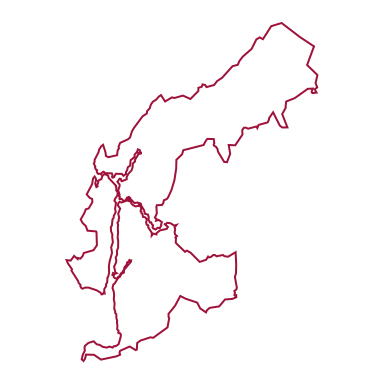 outline of Vaksdal nor, Hordaland, Norway
{"feature_id": "86288312B98052754922139", "entity_name": "Vaksdal nor", "entity_type": "district", "adm_level": 2, "iso_a3": "NOR", "parent_name": "Norway", "parent_adm1": "Hordaland", "projection": "mercator", "projection_center": [5.767, 60.674], "detail": "fine", "context": "isolated", "style": "outline", "palette": "rose", "viewbox_px": 384, "rotation_deg": 0, "n_neighbors": 0, "source": "geoboundaries", "source_scale": "gbopen_adm2", "svg_char_len": 6018}
<svg xmlns="http://www.w3.org/2000/svg" viewBox="0 0 384 384"><path d="M314.0,46.4L299.7,36.9L281.6,23.0L271.2,26.2L262.9,39.2L259.7,37.4L256.3,39.5L251.6,48.9L242.9,56.5L239.4,61.0L237.8,64.8L232.5,66.2L222.1,77.8L217.2,81.0L214.1,85.0L206.5,87.1L205.2,85.0L202.6,84.4L201.7,86.8L198.4,87.8L198.3,91.1L190.4,99.0L183.0,95.6L174.4,98.0L171.9,97.4L165.1,101.5L161.0,95.1L158.8,96.6L156.1,99.7L152.8,101.8L150.9,104.5L149.7,108.4L147.1,111.1L146.8,113.5L142.6,116.3L133.9,128.0L131.9,131.5L130.0,137.6L127.8,139.4L120.2,142.8L118.5,146.8L119.0,148.3L117.7,150.3L117.1,155.2L108.4,157.2L105.9,155.9L105.5,152.4L103.1,144.8L101.3,146.2L99.2,149.4L98.5,152.3L94.6,159.9L94.6,162.1L93.8,163.6L95.3,166.5L95.0,166.9L95.6,169.2L97.1,170.1L96.7,171.2L97.2,172.8L98.3,174.0L100.0,173.5L101.0,174.4L102.5,172.2L103.6,171.7L105.2,173.1L111.9,173.4L112.5,175.3L112.0,176.8L112.5,177.6L114.0,177.2L115.8,173.8L121.9,173.9L123.4,175.8L126.0,174.0L126.0,172.1L127.2,170.0L127.8,167.2L130.1,165.7L130.6,160.2L134.1,157.4L134.6,156.5L134.6,154.6L137.0,151.9L137.9,149.3L139.9,150.3L139.8,152.4L137.3,153.3L141.0,152.7L141.0,153.5L138.1,154.1L138.5,154.1L134.8,160.1L135.1,161.4L132.8,163.5L132.6,167.3L131.6,170.3L128.2,174.0L126.6,177.3L126.7,179.3L121.9,181.2L121.4,181.0L120.8,178.9L119.6,178.7L117.4,181.8L119.5,184.4L119.7,185.7L118.2,190.3L119.6,194.7L119.2,196.3L119.9,197.0L119.3,198.5L119.7,199.3L121.6,198.9L123.6,201.0L125.8,200.1L126.9,197.7L128.9,196.9L130.3,198.0L130.3,200.0L131.3,199.8L134.5,203.1L137.3,202.5L140.8,203.6L141.4,205.9L144.0,210.1L145.0,213.8L148.0,214.6L148.7,217.0L148.7,218.3L148.2,218.9L149.9,222.5L151.2,222.4L151.9,224.3L153.1,225.3L152.5,227.4L153.1,228.4L155.6,229.5L157.6,227.8L159.9,228.0L161.3,225.2L161.1,224.6L161.9,222.1L158.6,219.9L156.1,220.7L156.5,218.9L154.9,217.7L156.8,213.5L156.4,206.4L156.9,205.2L162.0,205.0L163.5,202.6L163.8,200.3L166.7,199.1L168.1,197.3L171.4,190.2L174.4,180.3L176.2,168.5L176.4,159.8L182.1,154.3L183.3,150.2L203.6,145.0L206.1,140.3L207.4,138.9L213.8,139.1L214.3,143.3L213.7,144.3L214.0,145.6L216.1,146.9L217.5,149.0L218.0,151.7L224.2,161.9L227.0,162.2L230.2,153.8L228.7,145.0L235.2,145.3L242.1,135.1L242.5,134.1L242.2,130.2L243.8,127.8L245.7,127.6L248.1,128.7L256.4,126.5L257.3,128.1L258.6,124.9L267.5,122.5L269.0,119.7L269.1,118.1L273.1,112.3L279.8,125.6L282.3,127.5L287.4,127.4L282.2,114.1L285.8,107.5L285.6,106.3L286.2,101.5L294.8,98.1L307.8,88.8L312.7,88.6L311.6,91.9L312.4,93.1L316.5,92.6L314.7,89.3L317.2,87.4L315.6,83.1L317.4,75.0L307.1,65.0L314.0,46.4ZM164.2,223.8L167.9,226.9L166.7,228.9L159.9,230.4L156.4,233.3L156.4,234.4L153.3,233.6L151.7,235.6L151.8,232.8L148.1,227.2L148.4,225.8L148.0,225.1L146.7,224.7L146.1,222.4L146.7,220.1L146.4,218.6L145.1,217.3L143.0,216.9L142.4,213.8L141.4,213.2L141.4,211.7L140.5,211.1L141.3,208.7L140.4,206.4L140.2,204.0L138.7,203.9L139.1,205.0L138.8,205.9L135.3,206.4L133.3,205.3L131.4,203.6L131.0,201.7L129.1,200.8L129.9,199.4L129.7,198.2L128.8,197.6L127.8,198.6L128.5,201.0L127.0,200.5L121.6,202.5L119.5,201.9L118.4,203.0L117.9,205.4L120.2,208.6L118.2,213.6L119.2,217.8L118.6,219.4L118.8,220.6L117.4,223.0L118.1,224.6L117.8,228.2L118.1,232.4L117.6,237.4L118.2,241.0L118.1,248.0L116.9,250.6L117.1,254.5L115.7,257.7L116.3,260.3L116.0,262.7L114.1,266.5L115.4,272.6L116.6,273.2L114.9,273.9L113.0,273.0L112.4,275.0L113.8,275.6L113.7,276.8L114.7,278.1L117.0,278.6L118.0,277.0L119.1,276.6L121.0,273.3L122.0,272.9L124.2,269.1L124.3,267.7L126.7,264.5L127.2,262.3L128.9,261.5L129.3,260.4L129.6,259.9L129.9,259.9L130.2,259.9L129.5,260.2L130.0,260.8L131.1,260.5L130.9,261.8L124.0,269.9L123.9,272.6L121.5,273.8L119.8,276.9L118.3,277.7L114.7,283.4L113.3,284.6L112.5,288.0L113.8,291.9L114.1,294.8L113.8,299.7L114.6,302.9L114.2,308.8L115.2,311.2L115.2,312.9L116.3,314.1L116.4,318.2L117.2,320.8L116.9,321.9L117.4,325.8L117.2,329.2L118.6,330.9L118.2,332.4L118.5,333.1L119.9,333.2L120.9,334.5L120.7,336.7L118.6,344.2L115.7,346.2L113.8,346.2L112.6,347.6L109.4,346.6L106.8,347.6L102.7,346.8L99.7,344.9L96.7,344.3L93.7,341.3L88.4,342.9L85.0,345.8L84.5,347.7L84.8,350.7L82.9,354.5L81.7,359.3L83.5,361.0L85.1,358.6L86.0,354.6L94.0,354.8L101.0,359.6L116.6,356.3L120.1,354.7L119.5,352.6L120.1,350.8L129.7,346.5L135.7,350.1L136.8,349.6L137.2,343.0L140.6,340.5L150.5,337.3L153.2,337.8L167.5,327.4L169.2,318.1L168.6,317.1L168.5,313.9L175.1,305.7L180.3,296.0L185.6,298.7L197.2,302.6L200.2,308.4L206.0,312.4L206.9,310.3L209.6,307.9L219.2,306.4L225.0,299.5L232.4,298.9L236.3,297.2L236.2,295.3L235.2,295.8L234.4,295.1L235.0,292.9L234.3,291.1L236.4,289.4L236.8,287.5L234.9,276.9L236.0,273.3L236.2,264.7L235.6,252.2L228.1,256.7L224.4,256.2L223.0,255.0L216.5,256.3L215.1,255.1L213.3,255.0L210.7,257.1L208.4,257.4L208.0,256.7L206.1,259.8L199.7,261.9L190.7,252.8L186.9,250.6L185.0,251.8L176.2,243.3L175.7,242.4L176.0,238.5L175.4,237.4L177.0,236.1L175.1,234.4L174.6,232.2L175.2,229.4L174.6,227.4L176.5,224.9L174.1,225.6L170.7,223.3L167.2,222.8L165.6,224.2L164.2,223.8ZM104.6,293.4L104.2,290.6L104.4,288.8L106.2,286.0L106.0,284.3L107.2,282.4L107.4,277.8L108.2,276.6L109.1,273.0L108.9,266.4L109.6,261.5L112.0,252.9L111.2,247.1L112.9,242.3L112.2,237.1L112.4,234.6L111.1,231.4L110.8,227.2L111.9,225.4L112.5,219.3L113.5,218.2L113.8,215.9L115.7,212.0L115.1,208.8L116.0,202.8L114.4,200.7L115.2,198.5L117.4,195.5L117.6,193.3L117.5,191.9L116.2,190.4L116.4,187.4L115.8,186.8L116.1,185.8L108.7,178.0L108.1,175.6L104.4,174.0L102.2,176.2L101.5,179.0L98.0,180.8L98.3,182.6L97.2,184.8L97.6,186.4L96.4,187.1L95.2,183.6L96.1,180.0L95.7,178.2L94.6,176.5L93.0,178.7L92.1,184.2L86.7,194.4L89.9,198.0L92.1,198.9L92.4,202.1L88.7,208.4L85.8,209.3L84.4,212.9L80.7,219.5L82.6,223.0L85.8,226.0L87.5,230.7L96.0,231.4L96.5,232.2L96.9,245.3L93.5,250.2L83.8,253.0L82.6,256.1L80.4,258.6L78.0,258.0L77.7,259.1L74.1,255.9L70.7,260.6L66.6,260.1L67.8,263.2L72.0,269.3L71.4,270.5L78.0,280.9L78.7,283.0L80.5,284.9L80.3,286.2L81.5,288.2L82.6,288.7L85.1,287.6L88.6,287.6L96.7,290.3L100.5,292.7L101.6,294.4L102.7,294.2L103.4,292.9L104.6,293.4Z" fill="none" stroke="#9f1239" stroke-width="2"/></svg>